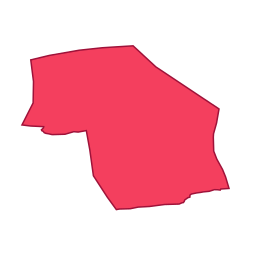 Korle Klottey Municipal, Greater Accra, Ghana (Albers equal-area conic projection), rotated 5°
{"feature_id": "2480657B35357833911053", "entity_name": "Korle Klottey Municipal", "entity_type": "district", "adm_level": 2, "iso_a3": "GHA", "parent_name": "Ghana", "parent_adm1": "Greater Accra", "projection": "albers", "projection_center": [-0.193, 5.56], "detail": "fine", "context": "isolated", "style": "filled", "palette": "rose", "viewbox_px": 256, "rotation_deg": 5, "n_neighbors": 0, "source": "geoboundaries", "source_scale": "gbopen_adm2", "svg_char_len": 916}
<svg xmlns="http://www.w3.org/2000/svg" viewBox="0 0 256 256"><g transform="rotate(5 128 128)"><path d="M150.4,64.7L125.9,45.7L105.9,48.7L95.4,50.3L72.5,54.8L43.5,62.5L25.2,68.6L29.8,89.9L31.3,111.3L22.1,134.2L30.7,134.5L43.9,134.0L43.8,135.1L43.0,136.2L41.9,137.3L42.4,138.2L43.8,138.7L45.0,140.0L46.7,140.5L49.4,140.7L53.0,141.2L65.8,139.7L74.3,136.4L78.7,136.4L86.7,134.2L91.9,153.3L97.7,178.6L113.5,198.8L123.5,210.3L126.3,209.5L137.3,208.2L145.1,205.9L156.3,204.3L171.2,201.0L181.4,199.8L185.6,199.3L188.3,197.8L189.6,197.5L190.4,196.3L190.8,194.7L192.4,193.4L193.7,192.2L194.7,191.9L195.7,191.4L195.5,189.6L196.8,188.3L202.0,186.7L205.7,185.9L208.5,185.1L214.4,184.0L219.4,181.9L222.8,181.7L225.3,181.8L225.8,180.7L233.9,179.4L229.5,168.3L225.8,161.1L219.2,151.3L215.4,143.6L213.8,129.7L213.7,126.3L215.8,115.2L216.0,112.6L217.0,101.1L150.4,64.7Z" fill="#f43f5e" stroke="#9f1239" stroke-width="1.5"/></g></svg>